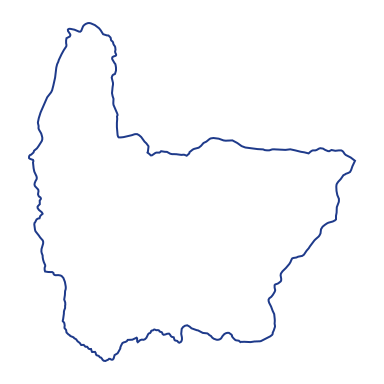 Chima, Santander, Colombia
{"feature_id": "7082276B29202754493362", "entity_name": "Chima", "entity_type": "district", "adm_level": 2, "iso_a3": "COL", "parent_name": "Colombia", "parent_adm1": "Santander", "projection": "mercator", "projection_center": [-73.411, 6.385], "detail": "fine", "context": "isolated", "style": "outline", "palette": "blue", "viewbox_px": 384, "rotation_deg": 0, "n_neighbors": 0, "source": "geoboundaries", "source_scale": "gbopen_adm2", "svg_char_len": 5869}
<svg xmlns="http://www.w3.org/2000/svg" viewBox="0 0 384 384"><path d="M355.0,160.8L350.7,157.5L345.8,155.0L344.6,153.9L343.3,151.9L342.4,151.0L341.2,150.4L338.8,150.4L335.3,150.8L331.5,150.0L329.2,151.2L328.0,151.1L325.1,149.9L323.0,148.6L320.3,148.2L319.0,148.6L316.6,150.0L315.3,150.4L312.8,150.4L311.8,150.8L310.5,151.7L308.6,153.4L304.2,152.3L300.9,151.8L295.3,150.4L290.3,149.3L285.5,149.9L273.6,149.3L272.2,149.4L269.4,150.3L266.7,150.3L264.8,150.1L263.1,149.4L257.7,149.1L245.3,147.5L241.6,146.1L237.3,143.0L232.4,140.4L225.6,140.7L223.5,140.4L218.8,138.7L213.4,138.0L210.8,138.4L209.7,138.9L206.4,141.6L203.5,143.0L201.0,145.9L198.7,147.7L194.1,148.9L192.7,149.6L189.5,152.2L189.2,153.5L186.7,155.7L184.4,154.8L183.5,154.7L181.4,154.9L176.2,154.2L171.9,154.1L170.2,153.7L167.0,151.9L164.8,151.8L161.1,151.2L160.7,151.7L159.5,152.6L156.3,152.6L155.3,153.0L152.0,155.3L150.8,155.4L149.3,153.9L147.5,152.6L147.9,151.6L148.5,146.7L148.4,146.1L146.3,143.3L144.5,141.6L141.2,137.0L139.1,135.2L137.1,134.1L135.6,134.1L134.4,134.3L131.8,135.2L123.6,137.1L120.9,137.4L118.8,137.4L118.1,136.7L117.6,135.1L116.9,127.1L116.9,122.9L117.2,118.9L117.0,116.4L117.6,115.0L117.2,113.5L113.5,104.9L113.3,103.2L113.5,98.8L112.6,96.1L112.0,93.1L112.6,87.0L113.0,84.6L113.0,82.9L111.7,77.6L112.4,75.6L113.0,74.9L113.7,74.4L114.5,74.3L115.0,73.9L116.0,70.6L116.0,67.6L115.6,65.1L115.2,63.8L114.6,63.2L112.3,59.3L112.1,58.2L112.4,57.2L112.9,56.8L113.7,56.4L115.6,55.8L116.1,55.2L116.1,54.4L115.3,52.7L115.1,51.4L115.5,49.8L115.2,47.1L114.7,46.0L113.9,45.0L113.3,43.7L113.1,42.5L112.6,41.6L111.2,40.4L110.8,39.1L110.8,38.2L110.4,37.4L108.5,35.5L106.9,35.4L103.1,34.2L100.7,30.3L99.1,28.3L94.9,25.1L90.7,23.3L89.0,23.0L87.6,23.2L85.6,24.0L84.4,24.9L83.5,25.7L82.9,26.7L81.2,30.9L80.2,31.7L79.0,31.6L74.5,29.7L70.6,28.9L69.2,28.8L68.3,29.2L67.9,29.6L68.0,31.0L70.1,34.1L70.4,35.0L70.2,35.6L69.8,36.5L66.5,38.2L66.1,40.4L66.1,43.2L66.4,44.6L66.4,45.8L66.2,46.5L63.8,50.1L61.5,54.3L58.8,60.0L58.3,61.7L57.1,64.3L56.3,67.6L55.1,77.6L53.3,85.7L52.1,90.3L51.1,92.3L47.2,97.3L40.6,112.4L38.8,118.1L37.9,122.4L38.0,123.4L38.6,126.0L38.5,128.2L38.9,129.5L41.2,133.5L41.9,135.9L42.3,137.6L42.3,139.3L41.8,141.0L38.5,146.2L36.9,148.4L34.1,150.7L33.5,152.5L31.1,154.7L30.2,154.9L29.3,155.9L29.0,157.0L29.1,158.2L30.1,158.9L33.0,159.9L33.4,161.0L33.0,162.5L33.6,168.2L34.3,171.6L36.5,176.3L36.8,177.9L36.6,179.2L35.5,181.1L34.7,183.1L34.5,184.6L34.8,185.8L35.3,186.5L38.2,189.6L38.5,191.2L38.0,194.2L38.5,195.7L39.2,196.7L40.3,197.3L40.9,198.3L40.8,199.1L39.7,200.6L39.8,204.2L38.1,205.9L37.5,206.9L37.7,208.2L39.0,210.0L41.6,212.1L42.2,212.9L42.6,213.8L41.0,215.2L40.2,216.1L39.5,218.3L38.2,218.5L36.6,219.4L35.0,222.5L34.5,223.0L34.3,224.5L35.0,229.7L35.5,231.3L38.9,235.6L40.1,237.4L42.8,240.5L43.2,241.9L43.1,243.7L41.5,249.1L41.4,251.5L41.7,253.0L42.6,255.4L42.7,257.4L43.1,259.7L43.8,262.0L45.2,265.2L45.2,266.3L44.7,267.5L44.6,268.8L44.7,270.1L45.1,271.5L48.2,272.0L52.3,272.1L53.4,272.9L53.6,274.0L54.4,274.9L55.6,275.2L58.5,275.1L60.5,275.5L61.6,276.0L63.4,278.0L64.9,281.9L65.7,286.3L65.8,288.0L65.6,289.5L65.1,291.0L64.9,295.1L64.2,299.5L65.2,302.4L65.3,304.9L65.1,305.5L65.1,308.0L64.2,310.4L63.9,312.0L63.9,313.6L63.1,319.3L62.8,320.3L62.8,321.3L63.6,322.0L64.3,323.1L64.7,325.6L64.5,326.9L64.5,328.0L66.1,330.0L66.5,332.5L68.5,334.5L69.6,335.1L70.3,336.0L73.5,337.3L74.2,338.2L76.3,339.4L76.8,340.3L77.7,341.4L79.7,342.9L81.2,345.0L83.7,344.9L85.4,346.7L87.2,346.8L88.6,348.7L89.7,349.1L91.0,349.0L91.6,350.9L92.1,352.0L95.0,351.9L95.7,353.0L95.9,354.1L96.5,355.2L98.7,355.9L99.9,357.3L101.0,357.6L101.9,358.6L102.5,359.7L103.6,360.7L105.3,361.0L108.3,359.6L109.1,358.8L110.1,358.9L111.4,359.7L112.6,359.7L113.6,358.6L114.6,355.1L117.6,353.3L118.3,352.1L120.3,348.5L120.3,347.6L120.9,346.0L121.8,344.2L122.5,343.0L123.7,342.4L125.5,341.9L126.8,341.2L127.7,339.9L132.3,339.7L136.6,337.7L137.1,338.3L137.2,341.5L137.8,342.2L140.2,340.1L141.9,339.6L143.5,339.8L145.0,339.2L146.4,337.8L148.2,334.1L149.1,333.3L150.0,333.1L150.7,332.3L151.0,331.2L151.7,330.6L152.9,330.4L153.7,329.7L154.5,329.5L156.3,330.2L158.0,330.1L159.2,330.6L159.6,331.5L160.9,332.0L161.6,332.1L162.2,332.9L162.7,334.2L163.7,334.8L165.6,334.4L167.0,333.8L169.0,333.6L170.0,334.6L170.8,336.0L171.7,336.8L173.7,337.3L174.5,339.9L175.2,340.5L177.2,340.9L178.5,342.4L179.4,342.7L180.9,341.9L181.6,340.8L182.0,339.2L181.9,337.3L181.2,333.9L181.7,328.9L183.0,327.1L184.9,325.8L187.2,325.3L189.6,326.6L191.5,328.3L196.8,330.2L198.0,330.4L202.8,332.9L207.3,333.4L208.4,334.1L209.1,334.9L211.1,336.1L212.1,337.5L213.7,338.7L216.5,339.7L217.9,339.8L219.6,339.4L221.1,338.4L222.5,336.1L224.4,334.0L226.2,333.1L227.8,332.8L229.0,332.9L231.4,334.6L232.0,335.4L231.9,336.0L232.2,336.7L233.6,338.4L235.3,340.0L236.0,340.3L238.8,340.7L240.4,342.1L240.8,341.9L244.5,341.8L250.5,342.1L254.4,341.5L259.7,341.3L260.9,341.1L270.3,336.3L272.2,334.8L272.7,333.8L272.7,332.8L273.8,330.3L275.0,326.7L274.9,325.2L274.6,323.8L274.8,320.7L274.7,318.9L274.2,314.1L272.6,310.7L271.1,306.6L269.2,302.9L268.6,301.0L268.6,299.5L269.4,298.2L271.3,296.8L272.9,294.8L274.8,291.6L275.2,290.1L274.6,287.6L274.6,285.2L275.3,284.4L277.2,283.8L278.3,283.3L280.6,281.5L281.1,280.7L281.2,279.9L281.2,278.7L280.6,275.4L280.9,273.6L282.5,271.3L285.9,268.0L289.3,264.0L290.4,262.2L291.6,259.4L292.1,258.5L293.2,258.0L296.4,257.5L298.1,256.7L302.2,255.9L303.9,254.7L306.6,250.7L308.7,248.3L309.9,246.4L314.4,240.4L315.5,239.3L318.7,236.5L319.5,235.4L320.5,233.4L321.0,229.3L322.6,226.7L324.8,224.9L327.0,223.4L328.4,222.7L332.8,221.5L335.1,220.3L336.0,219.4L336.0,215.8L336.6,212.7L336.8,207.2L338.8,201.9L338.9,201.0L338.9,198.8L337.3,195.0L336.5,190.9L336.3,186.8L336.5,184.8L336.9,183.7L338.2,181.8L340.8,179.0L343.4,175.2L344.9,174.5L345.7,173.9L348.6,172.8L350.1,171.9L351.2,169.8L352.4,166.3L355.0,160.8Z" fill="none" stroke="#1e3a8a" stroke-width="2"/></svg>